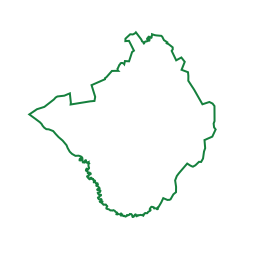 Bursari, Yobe, Nigeria, rotated 71°
{"feature_id": "59680162B10627743467335", "entity_name": "Bursari", "entity_type": "district", "adm_level": 2, "iso_a3": "NGA", "parent_name": "Nigeria", "parent_adm1": "Yobe", "projection": "natural_earth1", "projection_center": [11.571, 12.686], "detail": "fine", "context": "isolated", "style": "outline", "palette": "green", "viewbox_px": 256, "rotation_deg": 71, "n_neighbors": 0, "source": "geoboundaries", "source_scale": "gbopen_adm2", "svg_char_len": 5837}
<svg xmlns="http://www.w3.org/2000/svg" viewBox="0 0 256 256"><g transform="rotate(71 128 128)"><path d="M102.5,205.6L103.5,203.3L105.2,201.3L106.6,199.7L110.2,198.3L114.0,196.6L118.6,193.9L124.3,191.7L127.2,191.6L131.4,190.8L134.2,189.4L137.2,186.8L138.1,183.7L138.8,182.7L140.1,181.3L141.7,180.9L142.0,181.1L141.9,181.6L141.7,182.0L141.2,182.2L141.3,183.3L141.7,183.8L142.4,184.2L142.8,184.3L143.1,183.8L143.2,183.4L143.0,183.1L142.9,182.6L142.6,182.3L142.7,181.8L143.3,181.4L143.7,181.6L143.9,181.8L144.3,181.6L144.8,181.7L145.2,181.9L145.6,181.8L145.4,181.2L145.6,180.9L146.4,180.8L146.5,180.6L146.5,179.4L146.1,179.3L145.7,179.5L145.3,179.4L145.2,179.2L144.8,179.1L144.7,178.6L144.7,178.4L144.8,178.3L145.1,178.3L146.2,178.7L146.6,178.5L146.8,178.2L147.1,178.3L147.5,178.1L147.7,177.9L147.7,177.7L147.6,177.2L147.3,176.9L147.3,176.7L147.6,177.0L147.9,177.1L148.6,176.2L148.9,176.2L149.1,176.9L149.5,177.3L151.4,177.8L153.0,177.8L153.4,178.0L153.6,178.9L153.8,179.0L154.3,179.1L154.3,179.4L153.7,179.8L153.0,180.2L153.0,180.4L153.3,180.7L153.6,180.8L154.1,180.6L154.4,180.8L154.5,181.1L154.5,181.3L154.3,181.5L154.5,181.6L154.8,181.5L155.9,180.5L156.3,180.3L156.8,180.4L157.3,180.7L157.7,180.7L157.9,180.4L158.0,179.9L158.0,179.7L157.7,179.3L157.7,178.8L158.3,178.5L158.8,178.1L159.3,178.2L159.5,178.5L159.5,178.9L159.1,179.6L159.1,180.0L159.3,180.2L160.2,180.5L160.4,180.7L160.6,181.3L160.6,181.5L160.3,181.8L160.3,182.2L160.7,182.5L161.4,182.0L162.4,181.9L163.5,181.3L163.8,181.2L164.0,180.9L163.9,180.7L163.9,180.1L163.5,179.8L163.0,179.8L163.0,179.0L163.1,178.9L163.7,178.6L164.4,178.8L164.5,178.6L164.7,177.8L164.8,177.6L165.1,177.6L165.7,177.8L166.0,177.7L166.3,177.4L166.5,176.8L167.1,176.4L167.5,176.6L167.8,176.9L167.6,177.5L167.7,177.8L167.9,178.0L168.2,178.0L168.3,177.7L168.2,177.0L168.5,176.8L168.8,176.4L169.5,176.3L169.9,176.4L170.7,176.1L170.8,175.9L170.4,175.6L170.2,175.2L170.3,175.0L170.7,175.1L171.2,174.8L171.5,174.8L171.7,175.1L171.8,175.3L171.6,175.9L171.9,176.1L171.9,176.5L172.1,176.7L172.4,176.7L172.6,176.5L172.6,176.2L172.7,175.7L175.5,174.5L176.0,174.6L176.2,175.1L176.2,175.7L176.0,175.9L175.8,176.3L176.0,176.9L176.3,177.2L176.7,177.1L177.2,176.5L177.9,174.7L178.4,174.5L178.6,174.6L178.9,175.1L179.5,175.5L179.7,176.5L179.4,177.4L179.5,177.7L180.4,177.6L181.5,177.3L181.9,176.7L182.2,175.5L182.5,175.3L182.8,175.4L183.0,175.6L183.1,176.0L183.0,176.7L183.1,176.9L183.9,177.6L183.9,178.8L184.1,179.1L184.7,179.1L185.7,178.8L186.1,178.5L186.3,177.9L186.3,176.9L186.5,176.5L187.0,176.3L188.0,177.0L188.6,176.7L189.1,176.1L189.4,176.1L189.6,176.4L189.5,176.9L188.8,177.0L188.6,177.1L188.5,177.6L188.7,177.9L188.8,178.1L188.6,178.2L188.4,178.2L188.3,178.3L188.4,178.6L188.7,178.6L189.3,178.1L189.7,177.5L190.9,177.0L191.5,176.5L192.1,176.4L192.5,176.2L192.8,175.8L192.8,174.9L193.2,173.9L193.6,173.7L194.1,173.8L195.0,173.1L195.3,173.1L195.6,173.4L196.1,174.1L196.8,174.6L197.2,174.6L198.0,173.7L198.3,173.1L198.6,172.7L199.1,172.2L200.2,171.5L200.6,170.3L201.0,169.6L200.9,168.8L201.0,168.4L201.8,167.8L202.0,167.5L203.2,167.1L204.3,166.0L204.7,165.8L205.1,166.0L205.5,166.9L205.7,167.0L205.9,166.6L206.2,166.4L206.2,165.9L206.0,165.4L206.5,164.6L206.8,164.3L207.1,163.5L207.0,163.1L206.6,162.4L206.9,162.2L207.1,162.3L207.4,162.7L207.9,163.2L208.5,163.1L208.6,162.7L208.3,162.4L208.3,161.7L208.8,161.8L209.3,161.3L209.7,161.1L209.9,160.7L209.8,160.2L210.0,159.9L210.7,159.5L210.9,159.3L210.9,158.6L210.6,158.0L210.0,157.4L210.0,157.1L210.3,156.8L210.6,156.7L210.5,155.9L210.5,155.1L210.4,154.7L209.9,154.3L209.9,154.1L210.2,153.8L210.5,152.9L212.1,152.4L213.1,152.7L213.6,152.6L213.8,151.7L213.5,151.2L212.4,149.9L212.2,149.6L212.2,148.9L212.4,148.8L213.8,148.8L214.2,148.7L214.3,148.5L214.2,148.2L213.6,147.4L213.7,146.9L214.1,146.7L214.0,145.8L214.2,145.3L214.2,144.5L215.0,143.1L214.9,142.4L215.1,142.3L215.5,142.4L215.9,142.1L215.7,141.8L215.0,141.5L214.9,141.0L214.6,140.8L214.5,140.3L214.1,140.0L214.1,139.1L214.5,138.5L214.8,137.5L213.8,136.1L213.6,134.5L213.3,133.7L213.0,133.4L212.6,133.4L212.3,133.5L212.0,133.9L211.8,133.9L210.7,132.6L210.2,131.7L210.2,131.2L211.3,129.5L211.6,129.4L212.1,129.6L212.6,129.4L212.6,129.1L212.8,128.4L213.4,126.9L213.6,126.9L214.2,127.0L214.3,126.9L214.3,126.2L214.1,126.0L213.9,126.0L213.6,126.1L213.0,126.0L212.6,125.4L212.7,124.9L209.1,120.7L205.8,117.5L208.8,114.2L209.4,112.4L209.3,111.0L205.5,106.7L204.3,103.5L199.3,101.7L192.9,100.5L189.3,97.5L187.4,94.7L180.9,83.6L183.7,81.4L185.0,80.1L185.7,79.2L185.2,76.4L183.1,71.9L183.9,69.9L181.3,67.0L175.0,63.8L172.2,61.6L164.3,59.6L163.6,51.1L157.9,45.6L155.4,46.4L151.7,45.6L149.6,43.9L135.4,39.1L132.4,40.1L129.9,42.6L129.8,49.9L113.3,53.0L103.0,55.6L98.5,54.0L94.8,53.1L90.4,58.4L83.9,52.8L78.7,54.6L79.7,60.4L69.3,61.6L68.2,60.1L66.3,59.5L61.8,62.4L60.9,63.5L60.4,63.9L59.9,63.4L59.7,63.0L56.6,65.4L52.9,65.9L51.7,66.5L49.7,71.0L48.9,72.5L47.2,74.7L48.2,75.0L48.7,75.5L48.8,75.8L49.7,76.0L50.1,76.3L50.3,76.5L49.7,78.1L49.3,77.8L49.1,77.8L48.7,78.2L48.4,78.8L48.7,79.2L48.8,79.0L49.5,79.4L49.7,80.0L49.7,80.8L50.4,81.0L50.6,80.9L50.4,79.8L50.6,79.5L51.4,79.5L51.6,79.4L51.7,79.0L51.9,79.1L52.3,79.4L52.1,80.0L52.2,82.2L51.9,83.2L52.0,83.9L52.3,84.3L53.2,85.2L53.3,85.5L53.1,85.6L52.0,85.5L50.8,86.2L50.6,86.5L48.7,86.6L40.1,89.4L40.7,90.4L40.9,91.4L41.1,92.6L41.0,93.4L40.6,94.1L40.3,95.1L40.1,95.4L42.7,101.3L45.0,102.2L45.9,98.7L56.8,97.2L57.5,99.4L65.3,105.3L63.7,109.1L66.5,110.8L65.7,111.1L64.8,112.0L64.3,113.2L64.4,114.0L65.2,114.8L65.5,115.6L68.3,118.2L68.5,118.6L70.1,118.9L70.8,118.6L68.8,124.6L73.0,132.0L73.4,133.5L74.4,133.9L75.6,148.5L87.9,148.9L91.5,150.9L90.5,155.0L87.1,174.6L85.5,173.8L76.3,171.7L76.7,177.7L75.2,184.5L75.6,186.5L76.9,188.8L80.8,200.2L80.6,208.0L83.0,216.9L93.9,209.4L96.3,208.3L97.8,208.1L100.4,207.1L102.5,205.6Z" fill="none" stroke="#15803d" stroke-width="2"/></g></svg>